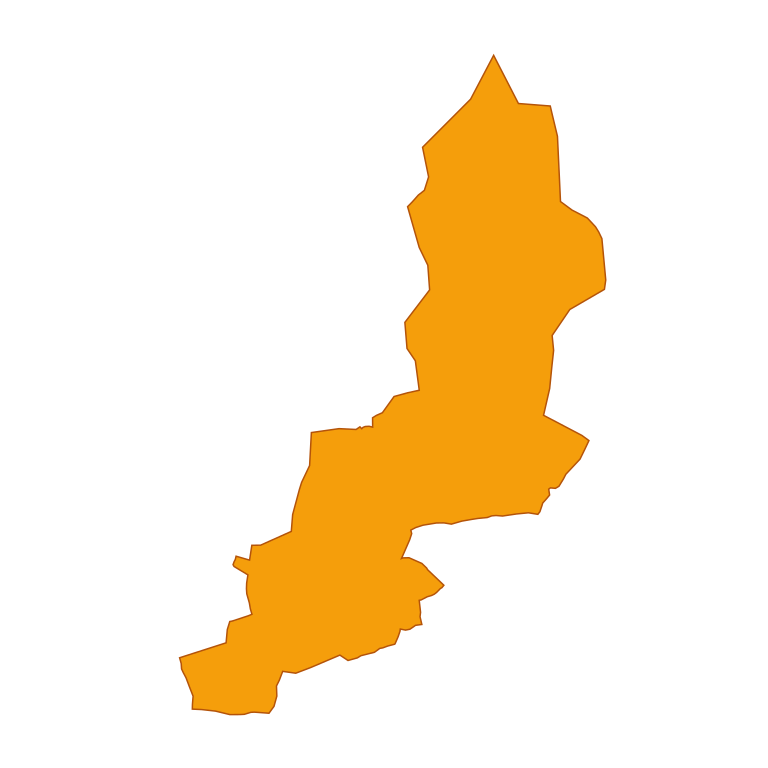 Dunukofia, Anambra, Nigeria (orthographic projection), rotated 354°
{"feature_id": "59680162B76413580563978", "entity_name": "Dunukofia", "entity_type": "district", "adm_level": 2, "iso_a3": "NGA", "parent_name": "Nigeria", "parent_adm1": "Anambra", "projection": "orthographic", "projection_center": [6.949, 6.223], "detail": "fine", "context": "isolated", "style": "filled", "palette": "amber", "viewbox_px": 768, "rotation_deg": 354, "n_neighbors": 0, "source": "geoboundaries", "source_scale": "gbopen_adm2", "svg_char_len": 2150}
<svg xmlns="http://www.w3.org/2000/svg" viewBox="0 0 768 768"><g transform="rotate(354 384 384)"><path d="M152.1,634.9L153.1,640.8L152.9,646.2L154.2,650.0L156.4,655.5L158.9,665.0L161.5,674.5L160.0,682.6L159.4,687.3L168.6,688.7L182.2,691.7L196.2,696.7L206.5,697.7L210.6,697.9L217.3,696.6L220.8,696.8L235.2,699.4L240.9,693.1L244.8,683.2L245.5,673.1L248.9,667.7L253.2,659.2L266.0,662.4L281.5,658.3L311.8,649.0L319.3,655.2L328.9,653.6L332.6,651.8L346.5,649.8L352.2,646.5L355.2,646.3L360.3,645.0L367.4,643.9L367.8,643.6L371.7,636.7L374.0,631.7L374.6,629.4L379.7,631.0L384.1,630.6L388.2,628.4L390.1,627.3L396.5,627.1L395.5,619.2L396.5,614.9L396.4,602.8L398.4,602.6L404.8,600.1L409.2,599.3L412.0,598.3L414.5,596.8L418.7,593.3L420.3,592.6L422.5,590.4L407.9,573.2L407.2,571.5L402.9,566.4L390.7,559.4L384.5,558.9L383.2,559.3L393.2,541.7L395.9,535.7L395.4,532.1L400.5,530.1L408.0,528.5L421.7,527.7L429.1,528.4L436.4,530.4L447.1,528.5L457.5,527.8L463.5,527.5L472.7,527.6L477.4,526.4L481.7,526.5L488.1,527.7L502.1,527.1L514.2,527.2L523.4,529.7L525.7,527.3L528.4,521.4L529.4,519.0L534.3,514.5L537.1,511.7L536.8,505.8L538.6,504.7L543.6,505.7L547.3,504.0L552.6,497.1L555.4,492.8L571.1,479.2L577.1,469.6L581.9,461.7L575.4,455.8L539.4,431.8L548.3,405.8L552.7,384.5L556.2,368.3L556.3,353.3L576.6,329.3L613.1,312.9L615.4,303.8L615.9,262.2L613.4,255.2L610.8,249.8L603.6,240.2L589.2,230.7L578.6,221.0L582.4,155.8L579.3,132.2L578.4,124.9L547.0,119.1L527.4,68.6L499.9,109.8L447.1,152.6L450.0,182.7L444.4,195.6L437.9,199.7L431.1,205.9L426.0,210.1L433.3,251.9L440.0,270.5L439.2,295.2L411.2,324.9L410.6,351.1L417.6,364.2L418.4,393.9L406.6,395.2L392.7,397.5L379.4,412.4L373.2,414.4L369.1,416.4L368.2,425.7L364.8,424.5L360.9,424.3L358.7,424.9L357.2,426.1L355.6,424.1L351.5,426.3L334.6,423.7L306.7,424.7L301.5,457.3L291.8,473.2L288.9,479.9L279.5,504.3L276.4,520.9L244.4,531.4L235.7,530.6L231.9,545.1L218.9,539.8L217.8,542.9L216.4,545.0L215.0,547.9L215.8,549.8L228.7,559.6L226.6,567.6L225.8,573.2L225.6,578.3L227.2,587.6L227.6,593.8L228.6,599.2L224.9,600.3L208.2,603.9L205.8,604.1L202.5,611.8L199.9,624.9L152.1,634.9Z" fill="#f59e0b" stroke="#b45309" stroke-width="1.5"/></g></svg>